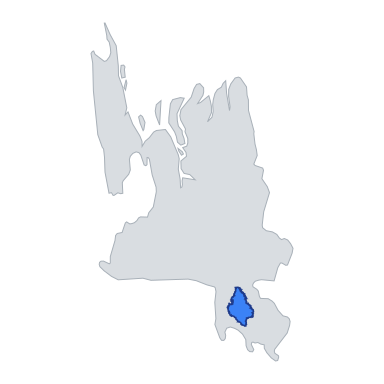 Rangpur, Rangpur, Bangladesh (highlighted), rotated 180°
{"feature_id": "16705992B34260815515495", "entity_name": "Rangpur", "entity_type": "district", "adm_level": 2, "iso_a3": "BGD", "parent_name": "Bangladesh", "parent_adm1": "Rangpur", "projection": "equal_earth", "projection_center": [89.232, 25.633], "detail": "fine", "context": "in_parent", "style": "filled", "palette": "blue", "viewbox_px": 384, "rotation_deg": 180, "n_neighbors": 0, "source": "geoboundaries", "source_scale": "gbopen_adm2", "svg_char_len": 8566}
<svg xmlns="http://www.w3.org/2000/svg" viewBox="0 0 384 384"><g transform="rotate(180 192 192)"><path d="M135.6,284.1L135.5,273.5L129.9,252.5L130.2,250.2L129.0,240.0L127.6,234.4L126.8,228.5L130.2,219.9L128.9,218.5L121.3,215.9L120.5,213.7L122.1,205.3L116.7,197.3L114.5,191.4L120.3,172.2L121.8,158.9L121.4,156.3L117.8,153.3L111.6,152.1L107.2,149.6L104.6,145.9L102.4,144.4L99.7,145.5L96.3,144.0L93.4,140.3L91.0,135.7L91.9,130.8L96.5,119.0L98.2,118.7L102.1,121.0L103.6,121.0L106.2,116.3L109.9,103.1L122.5,104.3L125.5,103.8L128.7,102.8L130.4,101.1L131.4,99.0L131.0,97.2L127.2,94.7L125.7,92.9L124.6,87.6L123.5,85.6L115.8,85.3L111.9,82.9L109.7,80.7L105.9,73.6L101.1,68.2L96.6,67.0L94.8,65.3L93.9,62.5L94.4,58.6L96.8,51.0L109.3,34.7L109.7,32.9L109.2,30.8L105.5,28.2L105.3,26.9L106.3,23.5L108.4,23.0L112.7,26.1L117.1,31.2L119.7,35.7L119.8,39.2L123.2,39.9L126.1,41.5L129.0,41.0L130.9,41.9L132.2,41.6L132.7,39.5L130.2,34.4L131.4,32.2L134.3,32.4L136.4,34.3L137.9,38.2L138.2,44.4L141.5,49.9L146.0,53.9L149.5,55.7L153.7,57.0L157.3,55.8L159.1,51.9L158.3,48.4L158.8,45.3L160.2,43.6L162.5,43.7L164.2,46.2L169.1,59.5L168.1,65.4L169.2,81.6L168.0,92.3L168.8,96.3L169.6,97.1L177.0,99.1L187.7,103.3L195.9,104.9L233.0,103.7L241.1,105.8L265.8,104.2L272.5,107.6L279.9,113.2L284.1,117.3L284.8,119.7L284.4,121.7L283.0,122.8L280.5,122.9L274.7,120.2L273.7,121.0L273.7,127.4L269.0,143.5L268.4,148.5L266.8,150.5L261.9,151.5L258.7,161.0L257.4,162.1L254.2,160.1L252.2,160.4L249.6,161.3L247.1,163.4L245.4,166.1L243.5,167.1L236.5,166.9L235.2,171.3L230.7,177.0L227.7,192.2L227.9,196.8L231.8,209.0L234.6,224.7L235.6,226.3L236.9,226.5L237.0,219.3L238.2,218.3L239.9,219.1L243.2,228.9L245.1,231.4L247.9,232.1L251.2,230.6L253.7,227.7L254.6,224.6L253.7,214.0L255.3,209.7L260.8,203.3L261.7,201.3L261.2,190.7L263.3,190.3L266.2,191.2L269.8,188.7L270.9,188.6L272.5,191.3L275.0,190.8L279.0,211.9L279.5,226.8L280.4,235.0L281.8,236.9L286.2,249.3L290.6,293.1L291.3,321.0L293.0,330.5L291.6,332.6L290.3,333.0L289.0,329.7L279.7,322.6L277.5,323.3L274.4,327.4L273.2,331.3L273.7,336.6L274.8,341.9L277.0,344.9L277.2,348.3L279.7,360.9L279.0,361.0L273.9,349.5L267.8,338.3L265.7,318.1L265.5,308.2L261.2,296.5L257.2,276.2L258.9,269.0L256.0,272.1L251.3,259.9L244.1,248.0L242.0,242.7L241.9,237.6L238.8,242.8L234.6,246.4L230.4,251.9L227.6,253.5L218.6,254.5L213.3,247.2L205.8,229.4L204.8,225.3L205.7,214.9L203.9,205.0L203.4,196.2L202.1,197.0L201.6,199.4L201.9,203.1L201.3,206.2L188.8,204.2L194.2,209.4L199.9,210.6L202.9,215.3L203.1,223.0L197.5,227.7L198.0,231.6L201.3,236.4L197.3,237.8L196.2,240.9L196.2,245.4L199.0,252.3L198.5,255.0L203.3,264.0L204.2,268.3L203.0,274.4L192.8,286.8L189.9,295.5L187.4,299.6L184.2,300.4L180.4,296.2L180.3,292.0L181.1,288.6L186.4,280.4L183.5,281.5L175.2,288.3L173.6,282.8L172.6,277.7L172.5,271.5L176.5,262.2L172.0,266.8L170.8,272.6L171.3,279.4L170.7,284.3L169.0,290.6L166.6,294.4L162.6,296.8L160.9,300.6L158.3,303.3L157.4,290.6L154.5,273.4L153.9,277.1L155.4,287.7L155.3,294.6L153.2,300.1L148.9,306.0L145.6,306.9L143.6,306.0L137.5,297.1L136.9,288.7L135.6,284.1ZM211.3,284.4L203.7,286.4L199.8,285.8L207.0,270.3L206.7,263.4L205.6,257.8L201.9,253.3L201.7,250.1L200.0,245.7L199.1,240.5L203.2,238.9L206.5,241.8L207.7,247.7L209.4,252.1L215.2,261.1L215.1,266.6L213.6,280.2L211.3,284.4ZM227.7,279.3L223.0,283.4L224.4,259.0L227.9,268.1L228.8,273.0L227.7,279.3ZM245.4,267.1L243.4,268.9L241.5,267.4L239.0,261.6L240.2,254.4L240.9,253.4L243.9,260.8L245.4,267.1ZM262.9,318.6L260.3,318.9L259.0,317.1L259.6,314.7L258.8,306.8L262.2,306.0L263.5,312.6L262.9,318.6ZM259.9,296.5L257.9,304.3L257.1,300.8L258.5,293.9L259.9,296.5ZM205.2,233.0L206.0,235.6L201.7,232.3L200.6,230.0L202.5,228.8L205.2,233.0Z" fill="#d9dde1" stroke="#a8b0b8" stroke-width="1"/><path d="M145.6,96.6L145.9,96.7L146.0,96.5L147.0,96.7L147.3,96.5L147.6,96.6L148.0,96.6L148.0,96.4L148.3,96.4L148.2,96.3L148.5,96.1L148.4,95.5L148.0,95.8L147.8,95.4L148.2,95.0L148.5,95.0L148.5,94.5L148.2,94.5L148.2,94.2L148.4,93.6L148.3,93.2L148.3,92.8L148.4,92.6L148.9,92.4L148.7,92.1L148.9,91.7L149.1,91.7L149.3,91.4L149.3,91.1L149.3,90.7L149.7,90.5L149.9,90.3L149.8,89.9L150.0,89.8L149.9,89.6L149.8,89.4L150.0,89.5L150.1,89.2L149.8,89.0L150.0,88.6L149.9,88.3L150.4,88.4L150.8,87.1L151.0,87.2L151.5,87.2L151.6,86.9L151.8,86.8L151.9,86.4L152.1,86.5L152.3,85.8L152.6,85.7L152.5,85.0L152.7,84.8L152.6,84.7L152.5,84.3L153.0,84.0L152.7,83.8L152.7,84.0L152.3,83.9L152.3,83.7L152.6,83.6L152.7,83.4L152.4,83.5L152.5,83.3L152.4,82.8L152.3,83.1L152.0,83.2L151.9,82.9L151.6,83.4L151.5,83.1L151.3,82.9L151.0,83.2L150.9,83.1L151.0,82.8L151.0,83.0L151.3,82.6L151.1,82.6L151.0,82.3L151.4,82.2L151.0,82.1L151.1,81.0L151.4,80.7L151.4,79.9L152.2,80.0L152.3,79.7L152.4,79.8L152.4,80.1L152.7,80.2L152.9,79.8L153.2,79.8L153.2,79.7L153.3,79.7L153.5,79.6L153.6,79.4L153.8,79.4L154.0,79.4L153.9,79.7L154.5,80.2L154.6,80.6L154.9,80.6L154.9,80.4L155.1,80.1L154.7,79.8L154.6,79.3L154.9,78.4L155.0,78.4L155.2,78.7L155.3,78.6L155.0,78.0L155.1,77.9L155.3,78.1L155.5,78.2L156.1,77.9L156.0,77.6L156.1,77.3L156.7,76.4L156.5,76.1L156.5,76.4L156.3,76.3L155.9,76.7L156.0,75.8L155.9,75.8L155.7,75.8L156.0,74.4L155.8,74.2L155.7,73.5L155.8,73.0L155.5,72.4L155.0,72.7L154.8,72.7L154.5,71.8L155.0,71.7L155.1,70.8L154.8,70.5L154.6,70.5L154.5,70.3L154.3,70.4L154.2,70.0L154.2,69.8L153.8,69.0L153.8,68.8L153.7,68.8L153.5,68.5L153.3,68.6L153.3,68.4L153.2,68.6L153.0,68.4L152.8,68.6L152.8,68.4L152.1,68.3L152.1,67.9L151.6,68.1L151.2,67.9L150.2,67.8L149.5,67.1L149.5,66.6L149.4,66.6L149.1,66.7L148.8,66.4L148.5,66.4L148.6,66.2L148.3,65.8L148.1,65.8L148.0,65.5L148.0,64.7L147.7,64.4L147.2,64.3L147.0,63.9L146.7,63.8L146.6,63.5L146.1,63.0L146.0,62.5L146.1,62.4L145.8,62.4L145.7,62.1L145.4,62.1L145.3,62.3L144.9,62.4L144.7,62.0L144.4,62.0L144.2,61.8L143.6,61.6L143.1,60.9L143.1,60.5L142.9,60.7L142.6,60.3L142.6,59.9L142.3,59.6L142.2,59.2L141.8,59.4L141.3,58.8L141.1,58.8L140.2,58.8L139.6,58.1L139.3,58.2L139.2,58.1L138.9,58.4L138.6,58.0L138.3,58.0L138.1,58.1L138.2,58.5L137.9,59.3L137.9,59.6L137.6,59.8L137.8,60.0L137.9,59.8L138.0,59.9L137.8,60.2L137.8,60.3L138.0,60.5L137.8,60.9L138.0,61.1L137.7,61.6L137.8,62.0L137.9,61.9L138.0,62.1L138.3,62.6L138.5,62.7L138.5,62.9L137.9,63.3L138.0,63.7L137.6,64.1L137.8,64.7L137.3,65.0L137.3,65.8L137.4,66.0L137.1,66.1L137.0,65.8L136.2,65.7L136.1,65.8L135.9,65.8L135.9,66.0L135.6,66.4L135.6,66.6L135.3,66.9L135.4,66.7L135.1,66.7L134.9,66.6L134.1,66.7L133.8,66.8L133.6,66.8L133.3,67.0L133.1,66.8L132.9,67.2L132.3,67.2L132.0,66.9L131.6,66.9L131.5,67.1L131.2,67.1L131.0,67.3L131.0,67.5L131.4,67.5L131.5,67.5L131.6,67.9L131.8,68.1L131.5,68.3L131.8,68.4L131.8,68.6L131.6,68.8L131.3,68.9L131.2,69.2L131.1,69.5L130.9,69.8L131.1,69.9L131.0,70.1L131.1,70.4L131.3,70.4L131.5,70.5L131.5,71.0L131.4,71.0L131.5,71.1L131.3,71.1L131.2,71.2L131.3,71.0L131.1,71.0L130.9,71.5L131.1,71.7L131.1,71.9L130.5,72.2L130.5,72.6L130.5,72.8L131.0,74.0L130.8,74.1L130.9,74.4L131.3,74.5L131.5,74.7L131.7,74.4L131.9,74.4L132.1,75.1L132.5,75.2L132.3,75.7L132.4,75.9L132.7,75.9L133.1,75.7L133.4,75.9L133.4,76.1L133.5,76.1L133.4,76.2L133.5,76.2L133.5,76.4L133.2,76.5L133.1,76.8L133.4,76.9L133.4,77.2L133.6,77.3L133.4,77.5L133.4,77.8L133.6,78.0L133.4,78.1L133.6,78.2L133.9,78.2L134.0,78.3L133.9,78.4L134.1,78.5L134.2,79.1L134.5,79.1L134.7,78.9L134.9,79.1L135.1,79.0L135.4,79.4L135.5,79.7L135.4,80.0L135.6,80.3L135.7,80.0L135.9,80.1L135.9,79.9L136.0,80.0L136.1,79.9L136.8,80.2L136.8,80.6L137.0,80.5L137.7,81.1L137.9,81.0L138.0,81.3L137.5,82.4L137.8,82.5L137.8,82.9L138.0,83.1L137.9,83.4L138.0,83.9L138.0,84.1L138.3,84.2L138.0,84.3L138.1,84.5L138.2,84.4L138.4,84.7L138.1,84.6L138.3,84.7L138.3,84.9L138.1,85.0L137.9,85.4L138.0,85.6L137.9,85.6L138.2,85.8L138.0,86.0L138.3,86.1L138.0,86.5L138.4,86.8L138.5,87.3L138.6,87.2L138.7,86.9L138.8,86.9L138.7,87.3L138.9,87.3L139.1,87.5L138.8,87.5L138.5,87.6L138.7,87.8L138.8,88.0L138.9,87.8L139.1,88.2L139.4,88.1L139.2,88.5L139.4,88.5L139.5,88.7L139.9,88.9L140.0,89.4L139.9,89.9L140.0,90.1L139.8,90.2L139.5,90.0L139.4,90.1L139.9,90.4L140.1,90.3L140.3,90.6L140.1,90.5L140.4,90.7L140.5,90.5L140.6,90.9L140.9,90.5L141.1,90.8L141.1,91.0L141.4,91.1L141.6,91.6L141.8,91.4L142.2,91.5L142.1,91.2L142.4,91.3L142.4,91.6L142.8,92.0L142.6,92.7L142.4,92.7L142.6,92.9L143.2,92.9L143.3,93.0L143.1,93.3L143.5,93.1L143.4,92.8L143.6,92.8L143.8,93.3L143.5,93.4L143.6,93.6L143.8,93.8L144.1,93.6L143.6,94.0L143.8,94.2L143.8,94.3L143.4,94.1L143.5,93.9L143.1,94.8L143.3,94.9L143.5,94.4L143.7,94.7L144.1,94.7L144.1,94.9L143.7,95.1L143.8,95.5L144.5,95.8L144.8,95.3L145.0,95.6L144.8,95.6L144.6,96.0L145.0,95.9L145.2,96.3L145.7,96.5L145.6,96.6Z" fill="#3b82f6" stroke="#1e3a8a" stroke-width="1.5"/></g></svg>